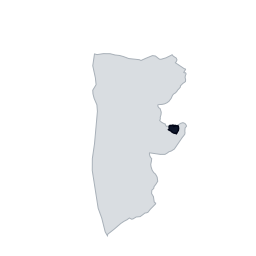 location of Sanniquellie Mahn, Nimba, Liberia, rotated 53°
{"feature_id": "62588387B26498986950089", "entity_name": "Sanniquellie Mahn", "entity_type": "district", "adm_level": 2, "iso_a3": "LBR", "parent_name": "Liberia", "parent_adm1": "Nimba", "projection": "mercator", "projection_center": [-8.749, 7.383], "detail": "fine", "context": "in_parent", "style": "filled", "palette": "ink", "viewbox_px": 256, "rotation_deg": 53, "n_neighbors": 0, "source": "geoboundaries", "source_scale": "gbopen_adm2", "svg_char_len": 2818}
<svg xmlns="http://www.w3.org/2000/svg" viewBox="0 0 256 256"><g transform="rotate(53 128 128)"><path d="M48.7,110.2L50.8,108.5L53.8,102.9L58.0,97.5L61.9,94.4L65.0,91.1L68.3,88.6L73.0,85.6L80.2,77.9L81.9,77.0L83.1,71.7L84.9,64.9L87.0,62.8L91.9,61.5L93.0,60.3L94.8,55.5L95.9,49.9L96.0,48.7L97.9,48.6L101.2,47.4L103.1,47.9L104.0,49.5L104.4,50.9L114.5,47.4L115.3,46.7L115.9,46.8L117.1,50.0L117.8,49.8L118.4,48.9L119.1,48.8L119.9,49.2L120.7,50.7L122.0,52.0L124.1,52.9L125.5,54.2L125.4,57.5L125.9,60.8L126.8,61.5L127.3,63.5L127.6,65.6L128.1,66.8L128.5,68.9L128.3,71.2L128.7,72.8L130.3,75.7L131.3,79.2L131.3,81.7L130.7,84.3L129.6,86.7L127.8,89.4L127.6,90.4L128.7,91.1L130.4,91.2L131.8,90.7L135.3,91.9L137.2,93.6L138.8,95.8L140.3,96.8L141.0,98.2L143.5,97.8L146.4,96.5L147.0,95.9L147.9,96.2L149.8,96.4L151.1,94.0L152.2,91.3L154.4,88.4L155.5,87.3L155.8,85.4L156.0,83.0L156.8,80.9L158.6,79.8L160.7,79.8L161.8,80.2L162.3,82.3L163.9,83.8L165.3,84.9L166.1,85.3L167.2,86.5L168.3,90.6L172.7,103.7L172.4,107.3L171.6,109.7L171.6,112.0L171.3,114.3L168.6,118.0L160.8,125.7L161.4,126.4L163.3,127.3L165.2,127.7L166.7,127.5L168.7,129.4L170.8,131.8L173.0,133.0L176.2,134.1L179.0,134.3L181.4,133.8L184.8,134.3L188.4,136.3L189.7,139.6L190.5,142.5L191.8,143.9L192.0,146.4L194.5,148.6L198.1,149.0L202.9,151.6L204.1,151.4L204.6,151.1L205.2,151.6L206.3,159.0L207.3,162.9L206.8,164.4L206.1,165.7L206.1,171.6L204.0,175.0L203.6,178.8L203.0,180.0L200.7,181.1L200.7,183.9L200.1,187.4L199.9,191.1L200.5,200.8L200.6,208.0L201.7,209.3L197.2,208.7L184.2,203.2L174.1,200.1L140.4,182.1L131.0,174.9L120.3,164.1L96.3,142.4L90.8,138.9L83.9,137.2L79.6,135.4L76.6,133.4L74.2,127.4L68.2,123.8L57.1,118.7L48.7,110.2Z" fill="#d9dde1" stroke="#a8b0b8" stroke-width="1"/><path d="M153.8,96.7L154.9,96.2L155.1,96.1L155.7,95.8L155.9,95.7L156.6,95.4L157.2,95.4L157.3,95.4L157.9,95.2L158.1,95.2L158.6,94.9L159.2,94.7L159.4,94.5L159.5,94.5L159.9,94.2L160.5,93.7L160.8,93.3L161.0,93.2L160.7,93.1L160.7,92.9L161.0,92.6L161.5,92.5L161.5,92.2L161.1,91.4L160.7,90.7L160.5,90.0L160.3,89.4L160.1,89.2L159.9,88.9L159.7,88.8L159.0,88.0L158.6,87.7L158.0,87.4L157.6,87.2L156.7,86.7L156.5,86.8L156.3,87.0L156.1,87.2L155.8,87.4L155.7,87.6L155.6,87.9L155.4,88.0L155.2,88.2L155.1,88.4L154.9,88.5L154.7,88.7L154.7,88.9L154.5,88.7L154.3,88.9L154.2,89.0L154.3,89.2L154.3,89.4L154.1,89.6L154.1,89.8L154.1,90.2L153.9,90.3L154.0,90.5L153.9,90.5L153.8,90.4L153.7,90.4L153.4,90.5L153.4,90.4L153.1,90.4L153.2,90.6L152.9,90.8L152.7,90.6L152.6,90.8L152.5,91.1L152.4,91.3L152.3,91.6L152.2,91.7L152.2,91.8L152.1,92.0L151.8,92.2L151.6,92.6L151.3,92.8L151.2,93.0L151.3,93.3L151.4,93.5L151.5,93.6L151.5,93.9L151.4,94.0L151.6,94.3L151.8,94.5L152.2,94.8L152.7,95.0L153.0,95.2L153.3,95.4L153.7,95.8L153.7,96.3L153.7,96.7L153.8,96.7L153.8,96.7Z" fill="#0f172a" stroke="#020617" stroke-width="1.5"/></g></svg>